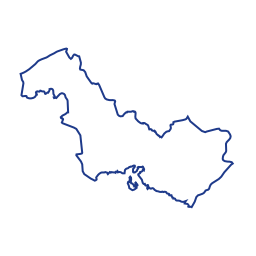 the Province of Northern Ostrobothnia, rotated 261°
{"feature_id": "FIN-3180", "entity_name": "Northern Ostrobothnia", "entity_type": "Province", "adm_level": 1, "iso_a3": "FIN", "parent_name": "Finland", "parent_adm1": "", "projection": "orthographic", "projection_center": [26.371, 64.957], "detail": "fine", "context": "isolated", "style": "outline", "palette": "blue", "viewbox_px": 256, "rotation_deg": 261, "n_neighbors": 0, "source": "natural_earth", "source_scale": "10m", "svg_char_len": 5731}
<svg xmlns="http://www.w3.org/2000/svg" viewBox="0 0 256 256"><g transform="rotate(261 128 128)"><path d="M198.3,30.4L198.5,31.6L199.1,33.9L199.8,35.9L201.5,39.6L205.6,46.4L208.0,49.4L208.7,51.0L209.4,53.5L210.4,58.5L210.8,59.6L212.0,62.3L212.3,63.3L213.3,66.6L214.4,69.3L214.7,70.4L215.8,76.4L216.0,78.0L216.1,79.5L215.7,80.1L214.8,79.8L213.0,78.8L206.8,81.1L205.2,82.4L206.0,83.7L208.1,85.2L209.0,86.4L208.7,87.3L206.7,90.0L206.4,91.0L199.9,91.7L198.0,91.3L196.1,90.4L194.2,89.8L193.2,90.0L192.0,93.2L189.9,94.5L185.4,95.3L178.3,98.8L177.4,99.6L177.7,100.3L177.5,100.9L176.7,102.6L176.2,103.6L175.8,103.9L175.5,104.0L176.4,104.1L176.6,104.3L176.7,105.4L175.1,106.2L162.1,109.5L160.7,110.1L159.5,111.5L158.5,113.9L158.2,115.4L158.0,117.0L157.6,118.4L157.1,119.3L156.4,119.5L153.8,118.4L142.8,120.0L141.3,121.2L140.7,122.4L140.6,124.6L142.1,126.1L143.4,127.9L143.8,128.7L143.5,129.3L143.6,129.5L144.2,130.0L144.1,130.6L143.8,132.2L143.6,133.6L143.7,134.3L143.9,135.0L143.8,135.7L143.2,136.3L143.5,136.5L143.0,137.5L142.3,137.8L141.3,137.8L138.0,137.0L136.2,137.0L132.9,139.2L131.1,141.0L130.5,141.9L130.1,143.2L130.5,143.2L130.6,143.5L130.4,144.8L130.0,145.5L129.5,145.9L127.8,148.0L126.7,148.4L123.3,148.8L123.2,149.3L123.4,149.8L123.3,150.3L122.9,150.9L122.7,151.1L122.0,151.2L121.6,151.6L121.3,152.6L120.9,153.4L120.2,153.8L120.3,154.1L120.6,154.2L120.2,154.5L118.1,155.1L117.3,155.5L115.4,157.5L115.0,157.9L114.1,158.2L114.2,158.4L114.3,158.3L114.2,158.8L114.1,159.1L113.5,159.7L114.1,160.4L116.8,162.9L118.3,165.3L118.5,166.7L118.5,168.1L120.1,169.7L120.9,170.2L121.9,170.4L123.8,170.3L124.2,170.4L124.6,170.9L124.5,172.7L124.7,173.2L125.5,173.6L126.6,173.7L127.0,175.0L127.2,183.2L127.5,185.9L127.9,187.1L129.9,188.8L124.8,190.6L113.5,200.5L111.8,203.6L112.2,205.2L113.2,215.6L113.1,217.8L111.9,218.4L111.2,219.0L110.6,220.1L110.4,221.1L109.9,224.2L109.7,224.8L108.8,226.4L105.6,227.8L103.9,228.1L102.2,227.5L100.9,226.3L98.6,223.3L97.1,222.3L90.0,221.4L88.7,220.7L86.2,218.0L84.8,217.3L82.6,216.7L81.4,217.0L80.2,218.3L79.3,220.8L78.8,223.2L78.0,225.1L76.5,225.9L75.7,224.2L69.2,216.2L65.3,212.5L63.4,209.7L60.3,202.5L59.2,200.9L57.7,199.8L55.3,198.6L54.5,197.5L54.5,197.0L54.1,194.8L53.2,194.1L51.9,192.6L51.4,191.3L50.8,188.3L50.6,186.7L49.1,184.7L44.8,182.4L39.9,178.5L40.4,177.8L40.4,176.8L40.6,175.8L40.9,175.3L41.5,175.8L41.9,175.9L43.3,175.2L43.7,174.8L43.9,174.2L44.6,172.1L45.2,172.3L46.3,173.1L46.8,173.6L46.5,172.0L46.4,171.1L46.6,170.0L47.0,169.0L47.9,167.9L48.3,166.9L48.7,165.0L48.9,164.4L49.5,163.9L50.8,163.4L51.2,162.8L51.2,161.7L51.8,161.7L52.2,161.5L52.4,161.0L52.6,161.1L53.7,160.4L54.7,160.5L54.9,160.2L54.9,159.1L55.0,158.6L55.1,158.2L55.5,158.1L56.3,158.3L56.6,158.1L56.8,157.6L57.0,156.8L57.1,156.5L57.7,156.0L58.3,155.9L58.8,155.5L59.3,154.4L59.3,153.9L59.2,153.3L59.2,152.8L59.7,152.3L59.8,151.8L59.7,151.3L59.6,151.2L59.8,149.9L60.1,149.1L60.8,147.7L61.3,146.1L61.8,145.8L62.7,144.6L63.8,144.0L64.4,143.5L64.8,142.5L64.5,141.5L64.5,141.1L64.8,140.4L66.1,139.4L65.1,138.3L64.7,137.8L65.3,137.5L65.9,137.6L68.0,138.9L68.3,138.9L68.6,138.6L68.6,138.2L68.3,137.8L68.2,137.4L68.5,136.3L69.0,136.0L70.2,135.9L70.3,134.7L71.4,134.0L74.8,133.6L79.7,130.9L80.3,130.8L80.8,131.0L81.3,132.4L81.6,133.0L81.8,133.1L82.3,132.8L82.6,133.0L82.8,134.6L83.2,135.3L83.6,135.9L84.1,136.1L84.8,136.2L84.8,136.7L84.3,136.7L83.8,137.1L84.8,137.5L87.4,136.7L87.6,136.5L87.3,135.3L87.4,134.7L87.9,132.2L87.6,131.4L87.3,131.3L86.9,131.6L86.6,131.8L86.2,131.5L85.4,130.6L84.4,130.2L83.9,129.5L83.0,127.7L83.6,126.8L83.4,126.4L83.9,126.1L86.7,126.6L87.2,127.1L88.1,128.2L88.8,128.7L89.4,128.9L89.8,128.7L90.0,127.8L89.8,126.9L89.5,126.3L89.3,125.7L89.5,124.7L89.2,124.0L89.2,123.7L89.3,123.3L88.4,121.9L88.2,121.3L88.2,120.6L88.1,120.1L87.7,119.3L86.9,118.4L83.8,117.5L84.0,116.0L84.2,115.3L85.2,114.3L85.5,113.8L85.8,113.1L85.9,112.2L85.8,111.2L86.5,111.2L87.1,110.8L86.3,110.3L86.6,109.3L86.7,109.0L86.3,108.6L85.8,108.5L86.2,107.9L86.6,105.9L87.0,105.0L86.6,104.1L87.1,103.8L87.4,103.2L85.6,100.9L86.0,100.7L86.7,100.7L87.1,100.5L88.0,98.7L87.8,97.6L88.2,95.2L88.0,94.0L87.3,92.5L86.5,91.3L84.5,89.2L83.9,88.8L83.2,88.9L82.6,89.0L82.0,88.9L81.4,87.9L81.2,86.9L82.0,85.9L83.9,83.3L89.3,77.6L92.4,76.5L99.3,77.1L102.3,76.3L109.1,72.7L110.0,73.0L109.9,75.7L109.9,77.4L110.1,78.5L110.7,78.9L128.2,79.8L135.2,76.8L136.9,74.6L142.9,64.2L143.7,63.5L146.6,65.2L147.1,65.2L147.6,64.8L147.4,64.6L148.2,63.5L149.2,63.3L150.5,65.2L151.5,68.2L152.2,69.5L152.9,70.5L152.8,71.3L164.3,72.6L165.5,72.4L167.9,71.2L170.4,70.9L171.6,70.2L172.5,68.8L172.7,67.8L172.2,66.1L169.9,63.1L169.3,62.5L168.8,61.8L169.0,61.5L169.3,61.4L169.1,59.7L169.8,59.5L169.8,60.4L170.4,60.6L171.0,60.5L173.3,59.7L176.7,60.0L177.9,59.6L178.4,59.1L178.8,58.1L178.7,56.6L177.9,56.5L177.1,56.1L175.4,54.7L175.7,54.1L175.0,52.9L174.6,51.9L174.9,51.4L176.2,51.3L177.0,50.9L177.3,50.6L177.5,49.6L177.5,49.2L177.8,48.5L178.5,47.6L178.6,47.1L177.8,46.3L177.8,46.0L178.4,44.2L178.4,43.9L178.0,43.6L177.9,43.5L178.0,43.0L177.6,42.7L177.3,42.6L176.6,42.7L175.7,43.2L175.3,43.2L175.4,42.6L174.3,42.0L173.3,41.0L172.6,39.4L172.4,37.2L172.6,35.7L173.0,34.5L173.5,33.6L174.0,32.9L174.4,32.8L175.2,32.8L175.5,32.5L175.7,31.7L175.8,29.1L175.9,28.7L177.1,27.9L188.5,31.7L189.9,31.7L192.1,30.8L198.3,30.4ZM77.7,121.8L78.8,121.7L79.6,122.6L78.6,123.2L76.8,123.1L74.5,122.4L72.9,122.5L72.4,123.7L70.2,125.0L70.9,126.8L72.6,126.6L73.0,127.1L72.7,127.4L71.7,127.4L71.5,127.6L71.2,128.1L70.9,128.3L70.4,128.4L69.8,128.4L69.5,127.9L69.8,127.0L69.5,126.1L69.1,125.4L68.4,127.0L67.6,127.2L66.7,125.6L66.2,124.5L65.9,122.7L66.5,121.9L68.4,119.9L70.8,119.8L73.4,119.1L74.7,119.7L75.1,120.6L74.4,121.0L74.7,121.5L75.3,121.4L77.7,121.8Z" fill="none" stroke="#1e3a8a" stroke-width="2"/></g></svg>